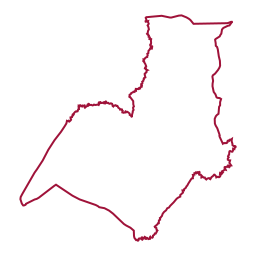 outline of Non Daeng, Nakhon Ratchasima, Thailand
{"feature_id": "78962969B77255700381962", "entity_name": "Non Daeng", "entity_type": "district", "adm_level": 2, "iso_a3": "THA", "parent_name": "Thailand", "parent_adm1": "Nakhon Ratchasima", "projection": "robinson", "projection_center": [102.541, 15.454], "detail": "fine", "context": "isolated", "style": "outline", "palette": "rose", "viewbox_px": 256, "rotation_deg": 0, "n_neighbors": 0, "source": "geoboundaries", "source_scale": "gbopen_adm2", "svg_char_len": 5889}
<svg xmlns="http://www.w3.org/2000/svg" viewBox="0 0 256 256"><path d="M66.9,121.0L66.4,123.4L64.9,125.9L61.0,131.8L54.5,140.2L48.3,149.8L42.7,160.5L36.9,169.4L34.6,172.6L22.4,193.8L20.7,197.0L20.4,199.2L21.8,203.5L23.1,205.4L23.8,205.5L25.1,205.0L25.8,204.5L26.0,203.8L34.6,199.5L36.7,198.9L38.8,197.7L54.3,185.8L56.0,184.7L72.5,195.7L79.6,199.4L95.7,205.0L98.0,206.2L99.2,207.2L104.5,208.2L109.1,210.6L113.0,213.6L123.9,224.0L126.2,225.5L130.4,227.7L133.8,230.6L134.0,235.9L134.4,237.8L136.0,240.0L136.6,239.8L137.5,240.6L138.2,240.6L138.5,240.3L138.6,238.9L139.2,238.4L139.9,238.7L141.2,238.6L141.9,239.5L142.2,239.6L142.3,238.8L141.5,238.0L141.5,237.6L142.0,237.3L142.7,237.7L143.1,238.8L143.8,238.6L144.7,236.9L145.9,237.6L145.9,238.9L146.3,238.9L146.7,238.1L147.2,237.9L147.7,238.1L148.4,239.1L150.0,238.8L150.0,237.1L150.3,236.7L150.9,237.5L152.4,237.7L152.9,237.0L153.0,235.6L154.3,234.7L154.8,233.5L155.7,233.6L156.8,231.7L156.7,231.1L157.4,230.5L156.5,229.4L156.3,227.9L155.0,227.3L154.7,226.6L157.5,224.3L157.9,223.3L158.8,223.2L158.9,220.4L160.1,219.7L159.9,218.0L160.7,217.6L161.2,216.7L161.9,216.0L162.7,213.7L164.1,211.9L166.1,210.3L167.2,208.3L169.0,207.5L170.2,205.8L173.6,202.4L176.7,198.7L178.2,197.6L180.3,196.6L180.2,195.1L183.0,192.6L182.5,190.4L184.0,190.4L184.0,189.3L185.9,187.7L186.4,186.4L187.2,185.7L188.3,183.6L191.1,179.2L191.7,178.5L192.9,178.3L192.8,177.1L193.3,176.2L192.9,174.9L194.5,174.6L194.4,173.2L195.1,173.1L195.6,172.5L196.4,173.2L197.2,172.1L197.5,172.2L197.6,172.9L198.1,173.1L198.5,172.8L198.7,172.1L199.3,171.9L199.6,172.2L199.1,174.6L199.4,174.8L200.7,174.7L201.8,175.8L201.9,176.3L201.3,176.9L201.4,177.5L202.8,176.8L203.7,177.6L204.8,177.5L205.5,178.9L206.3,179.5L207.2,178.6L209.0,178.1L209.8,178.3L209.9,179.0L210.3,179.2L211.6,177.0L212.7,176.3L214.1,174.7L214.6,174.7L216.1,176.4L216.3,177.4L218.1,176.7L218.8,177.2L219.4,177.1L220.2,176.3L220.2,175.3L221.2,174.4L221.1,174.1L220.0,174.0L220.1,172.9L222.0,173.5L222.8,172.5L221.8,172.0L221.8,171.4L223.7,170.5L224.7,169.5L225.7,169.8L225.4,169.0L224.5,168.0L224.7,167.1L226.4,166.9L227.0,166.5L228.0,167.0L228.2,166.7L227.9,165.8L228.1,165.5L229.5,166.9L230.1,165.7L231.2,165.5L229.4,162.9L230.1,160.4L228.8,160.3L227.8,159.7L227.8,158.5L228.7,157.3L228.0,156.4L228.5,155.2L229.1,154.8L229.3,151.9L229.6,151.2L230.1,151.0L231.7,151.7L232.4,151.7L233.1,150.3L233.1,148.7L234.4,149.1L234.6,147.9L235.5,147.3L235.6,146.5L234.9,146.0L233.6,146.0L232.5,145.2L232.4,143.7L231.6,141.0L231.9,138.9L230.9,139.6L230.0,139.6L229.3,140.8L228.5,140.4L227.7,140.8L227.7,141.9L227.0,142.3L226.8,143.0L225.8,143.2L225.0,142.9L223.8,143.4L223.3,143.1L222.8,143.6L219.7,136.9L219.4,135.8L219.7,135.5L219.4,134.3L217.3,128.3L215.7,125.6L214.9,123.6L214.7,118.9L215.8,116.3L216.8,115.1L218.5,113.8L219.1,106.8L220.1,105.3L220.1,102.1L221.1,99.0L219.7,98.1L217.3,97.8L216.5,97.2L215.5,94.4L213.7,91.9L212.5,86.2L212.6,83.5L213.1,80.9L212.4,76.7L212.8,75.4L215.1,73.6L218.0,70.0L219.5,67.5L220.1,65.7L219.9,60.8L218.8,56.3L217.8,49.4L217.1,47.0L215.8,45.8L215.7,43.3L215.1,39.7L215.5,39.1L219.7,36.4L220.5,34.7L221.3,33.7L222.0,29.5L223.4,27.9L227.8,25.8L229.5,25.4L231.8,22.2L232.7,21.9L231.1,21.8L228.1,23.0L226.7,23.2L193.5,23.8L190.4,20.0L188.9,18.8L186.5,17.4L181.6,15.4L178.9,15.6L171.5,17.5L169.8,17.5L161.7,15.8L146.3,17.2L145.7,17.8L146.7,20.7L145.6,21.1L145.6,21.6L145.9,21.8L146.9,21.3L147.3,21.5L148.1,21.2L147.9,22.1L148.7,23.5L148.5,24.3L147.6,25.4L148.3,26.7L148.9,29.3L148.0,31.0L147.7,33.0L147.0,33.8L147.4,34.3L148.2,34.5L148.3,35.3L148.9,35.6L148.6,36.8L149.8,37.4L149.4,39.0L149.7,39.1L150.4,38.7L151.2,39.1L150.9,40.4L151.1,42.7L151.0,44.0L150.4,44.3L150.1,45.0L150.6,45.7L150.7,46.7L151.9,46.2L152.2,46.4L152.2,47.0L151.9,47.5L151.9,48.6L150.0,48.7L149.8,49.4L148.5,50.8L148.3,53.2L147.3,53.8L147.7,55.3L147.2,56.3L147.2,57.0L146.3,57.2L144.7,58.5L144.4,59.3L143.5,59.3L143.8,60.3L143.3,60.8L143.3,61.2L144.2,61.7L144.2,62.3L145.1,63.6L146.1,66.0L146.2,66.7L145.2,67.4L144.9,68.4L145.9,68.7L145.9,69.3L147.4,70.1L146.6,70.4L146.6,72.0L145.6,72.7L145.5,73.4L144.7,73.8L144.7,74.7L145.4,77.4L144.0,78.1L143.7,78.8L143.9,79.4L143.3,80.3L143.3,80.9L142.2,81.7L142.5,83.0L141.9,83.9L141.2,84.1L141.2,85.4L141.9,85.6L141.7,86.8L141.0,86.9L140.0,87.6L140.1,88.5L138.7,89.1L138.4,89.1L138.3,88.6L137.8,89.0L135.9,88.9L136.0,90.7L135.2,90.5L134.6,91.9L133.9,91.6L133.4,91.7L133.0,92.3L131.2,93.1L130.8,94.1L129.6,94.7L129.5,96.0L129.8,96.5L129.4,96.8L129.5,97.1L130.4,97.4L133.2,101.1L133.3,104.4L133.9,106.5L133.1,107.4L133.2,109.0L133.6,109.9L132.7,111.2L132.8,111.9L132.0,114.9L132.0,116.4L131.5,116.6L130.7,115.4L129.7,114.9L129.7,113.8L129.4,113.3L127.4,111.8L126.7,111.9L125.6,111.4L125.5,111.7L126.0,112.3L125.8,112.5L124.4,112.4L123.8,112.8L122.3,112.4L122.4,111.4L122.7,110.8L122.0,110.2L122.0,109.5L121.2,109.3L120.6,109.6L120.0,109.6L119.8,108.7L118.4,107.8L117.4,105.9L116.5,106.0L115.9,105.3L115.3,105.2L114.8,105.6L113.8,105.6L113.3,106.5L112.7,106.1L112.1,103.8L110.9,103.3L109.8,103.8L109.0,103.6L108.3,102.9L107.8,103.1L106.7,102.8L106.4,102.0L105.9,101.5L105.2,102.2L105.5,103.3L105.2,103.5L104.2,103.3L104.4,102.5L104.1,102.1L102.2,103.0L101.0,103.0L100.5,102.1L98.9,102.4L98.7,102.9L99.3,103.4L99.3,103.9L98.7,105.0L98.0,104.6L95.1,105.0L94.0,104.6L93.3,105.2L92.4,105.4L91.5,104.9L89.6,105.0L88.9,103.9L88.4,103.8L88.2,104.0L88.2,105.8L87.9,105.9L87.3,105.4L87.1,106.0L86.1,106.8L85.5,106.9L84.9,107.7L84.6,107.4L84.8,105.8L84.6,105.4L83.8,105.8L82.9,105.5L82.3,106.5L81.4,106.3L81.2,105.7L80.5,105.7L80.1,105.2L79.6,105.4L79.4,106.3L78.6,105.8L78.5,107.0L78.9,107.8L79.0,109.1L78.2,109.3L77.6,111.3L76.5,111.6L76.1,111.3L75.2,111.8L73.9,113.3L73.8,114.2L73.0,114.3L73.1,115.1L72.4,115.3L72.5,116.1L72.1,116.5L72.0,117.1L70.5,117.4L70.6,118.5L71.1,119.6L70.8,120.2L69.3,121.6L68.8,121.4L68.5,120.7L67.2,121.2L66.9,121.0Z" fill="none" stroke="#9f1239" stroke-width="2"/></svg>